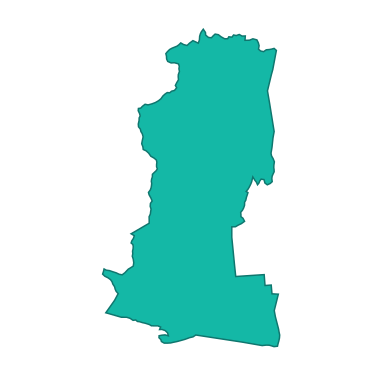 the district of Taió, Santa Catarina, Brazil, rotated 85°
{"feature_id": "56859067B18203284661636", "entity_name": "Taió", "entity_type": "district", "adm_level": 2, "iso_a3": "BRA", "parent_name": "Brazil", "parent_adm1": "Santa Catarina", "projection": "mercator", "projection_center": [-50.11, -27.092], "detail": "fine", "context": "isolated", "style": "filled", "palette": "teal", "viewbox_px": 384, "rotation_deg": 85, "n_neighbors": 0, "source": "geoboundaries", "source_scale": "gbopen_adm2", "svg_char_len": 3439}
<svg xmlns="http://www.w3.org/2000/svg" viewBox="0 0 384 384"><g transform="rotate(85 192 192)"><path d="M336.2,117.7L323.6,119.8L317.3,120.4L301.3,114.9L300.4,121.2L291.6,121.2L291.5,127.4L280.6,127.3L280.0,155.8L268.6,156.0L240.6,156.3L230.2,155.4L230.4,151.7L229.0,148.8L227.8,145.5L225.8,142.2L222.6,143.5L220.8,145.4L218.7,145.2L216.6,145.3L214.5,143.3L212.5,142.0L209.8,140.8L206.8,140.5L204.8,139.1L202.2,138.3L199.9,137.3L197.5,136.3L196.2,138.0L193.9,135.8L191.9,134.4L189.1,132.7L186.9,131.6L184.6,130.9L182.3,130.1L185.7,128.4L187.8,127.0L190.5,126.1L189.0,124.6L187.0,123.6L185.2,122.0L185.9,119.2L189.4,118.6L191.4,116.4L190.3,113.3L188.7,111.2L185.6,111.3L183.3,110.8L181.2,109.7L179.0,108.4L176.8,108.3L174.8,108.4L172.4,108.1L169.1,107.3L165.8,108.3L163.0,109.6L160.2,109.9L157.2,109.1L154.4,108.4L145.2,106.6L138.9,104.9L109.9,107.0L97.8,108.0L82.0,102.7L77.2,100.9L58.3,95.6L56.1,97.7L56.6,100.3L56.8,102.6L56.8,105.6L58.4,108.4L57.5,111.4L55.5,113.3L52.1,112.4L49.2,112.9L46.1,114.1L44.7,118.0L45.8,121.6L45.5,126.0L41.2,125.3L41.0,128.6L39.2,131.2L40.0,134.3L39.2,136.9L41.2,138.7L40.6,141.8L42.4,143.1L42.2,146.1L40.0,149.4L37.6,152.0L36.7,155.2L38.2,157.2L40.0,159.2L39.5,162.1L36.9,164.7L34.2,164.7L30.8,166.6L33.2,168.7L35.0,169.8L37.5,170.8L41.3,171.4L44.3,172.8L43.0,174.9L41.3,177.9L43.5,181.5L45.6,184.1L44.4,187.5L42.5,190.2L44.1,192.1L45.4,194.2L46.2,196.8L47.0,199.4L48.1,201.9L50.1,204.3L51.9,206.0L54.4,205.6L57.3,205.7L59.8,204.8L61.6,201.6L61.7,198.2L63.2,194.3L65.6,193.7L68.2,194.3L70.8,194.0L73.8,195.4L76.0,195.7L79.0,195.7L81.8,197.7L84.4,199.3L86.8,198.2L89.3,200.6L89.8,203.6L91.2,205.5L90.8,208.0L92.0,210.2L93.8,212.6L96.4,214.8L98.1,217.3L99.7,220.7L100.7,224.3L101.4,228.2L100.5,231.1L102.3,233.9L104.0,235.8L104.1,238.1L106.3,238.5L109.3,237.4L111.7,237.0L113.6,238.2L116.2,238.5L119.6,239.6L122.4,239.6L124.8,238.0L127.4,237.6L129.5,236.5L132.8,235.9L136.3,237.0L139.6,237.9L142.6,237.0L145.4,236.9L147.0,234.1L149.5,231.8L152.8,229.9L154.7,227.1L156.9,224.8L159.2,224.4L161.5,224.9L163.8,225.1L166.0,224.5L167.8,226.0L169.1,227.7L170.9,229.9L173.6,230.2L175.6,231.1L177.8,231.6L179.9,231.4L182.0,231.8L184.0,232.3L186.4,233.4L188.6,235.4L191.0,235.0L194.6,233.4L197.5,232.5L199.7,234.4L202.6,234.9L205.5,234.3L208.3,235.0L210.3,235.4L212.9,236.9L216.3,237.1L219.4,237.4L228.3,256.3L230.5,253.3L233.1,254.4L235.4,256.2L237.5,257.1L239.1,255.5L241.2,255.3L243.7,255.7L245.7,256.4L248.4,256.4L250.8,257.1L253.7,256.4L257.4,256.2L260.7,257.0L262.2,259.9L263.3,262.2L264.7,263.8L266.6,265.9L268.4,268.8L267.6,271.7L265.9,274.6L264.6,277.7L263.1,281.1L262.4,284.2L261.0,286.3L263.4,287.1L266.0,288.2L268.3,286.2L270.2,283.1L272.2,280.8L274.4,279.5L276.8,278.9L279.6,277.4L282.1,277.0L284.4,276.2L286.8,274.4L293.1,278.5L304.8,288.4L310.6,273.3L311.1,268.0L312.4,264.8L314.7,261.9L314.6,259.2L316.2,257.7L316.7,255.4L317.8,252.8L318.6,250.2L319.5,248.0L320.4,245.9L321.7,244.2L322.1,241.0L322.4,237.6L323.8,235.0L326.2,236.3L326.3,233.9L327.7,230.8L330.2,228.6L333.2,228.1L332.0,231.2L332.0,234.2L332.3,237.3L334.3,237.6L336.3,235.9L338.3,235.5L340.1,232.9L340.4,229.7L340.5,226.4L340.1,223.7L339.7,220.1L339.0,216.2L338.2,212.0L337.5,209.3L336.9,207.2L336.4,203.6L334.8,200.7L346.0,154.7L351.1,135.5L351.0,131.6L351.3,128.6L352.1,126.4L353.2,123.8L353.1,120.3L350.9,119.6L348.0,118.5L345.1,117.6L342.1,117.1L338.9,117.5L336.2,117.7Z" fill="#14b8a6" stroke="#0f766e" stroke-width="1.5"/></g></svg>